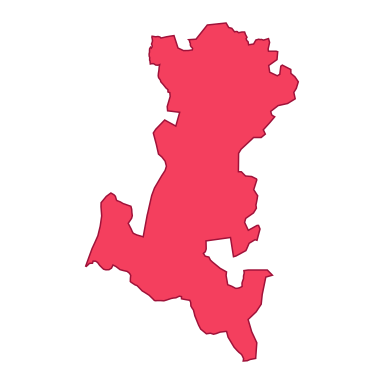 outline of Kankia, Katsina, Nigeria
{"feature_id": "59680162B50176982462081", "entity_name": "Kankia", "entity_type": "district", "adm_level": 2, "iso_a3": "NGA", "parent_name": "Nigeria", "parent_adm1": "Katsina", "projection": "equal_earth", "projection_center": [7.787, 12.43], "detail": "fine", "context": "isolated", "style": "filled", "palette": "rose", "viewbox_px": 384, "rotation_deg": 0, "n_neighbors": 0, "source": "geoboundaries", "source_scale": "gbopen_adm2", "svg_char_len": 3949}
<svg xmlns="http://www.w3.org/2000/svg" viewBox="0 0 384 384"><path d="M247.3,360.7L250.0,359.5L255.7,358.4L255.7,358.0L256.8,342.8L254.0,336.7L251.7,331.8L248.1,319.5L256.1,311.9L261.2,304.2L262.2,294.6L265.8,277.1L272.4,275.2L267.3,270.0L248.2,270.0L243.9,270.6L244.2,273.1L243.5,276.0L243.5,278.6L242.6,281.1L242.0,283.1L242.1,286.5L239.9,287.6L238.0,288.2L235.7,288.4L232.2,286.5L230.6,285.8L227.7,284.7L226.1,275.5L226.5,271.9L220.1,268.3L212.4,262.0L212.1,261.7L210.4,260.1L208.9,257.1L208.2,256.9L205.2,256.2L203.4,253.4L205.3,251.7L206.2,249.0L206.0,240.9L230.5,237.5L233.5,256.7L236.0,256.0L236.1,255.9L236.3,255.8L245.9,250.6L246.8,248.7L249.1,243.3L255.0,239.7L257.0,240.3L260.0,229.0L258.6,225.6L258.5,225.4L257.1,225.4L248.3,230.3L244.6,222.4L245.1,220.6L245.7,218.4L249.1,216.0L253.4,213.0L253.5,212.9L256.4,208.2L255.9,204.9L256.0,204.8L256.7,201.3L257.3,198.1L257.4,197.1L257.7,195.8L257.0,194.8L253.8,189.8L253.7,189.7L256.8,179.9L256.5,179.1L256.4,179.0L256.4,178.9L251.8,176.6L251.5,176.5L245.5,176.0L244.1,174.6L241.4,171.8L238.4,171.7L238.6,153.3L241.1,149.2L253.6,137.5L261.2,137.5L265.3,134.1L263.3,129.8L270.0,122.4L274.7,116.8L273.6,116.2L273.0,115.8L272.8,115.7L272.1,115.3L271.5,114.2L271.3,113.6L270.7,111.4L278.1,105.6L287.6,103.5L295.2,98.8L293.8,92.4L296.3,88.4L298.3,81.8L294.9,76.8L290.9,73.4L290.8,69.5L282.3,65.1L280.8,66.2L279.8,74.3L277.3,75.8L269.7,72.2L268.7,65.5L277.0,59.6L277.7,51.7L276.1,51.2L268.5,51.2L268.1,49.1L269.6,42.4L268.5,38.6L263.6,40.1L261.3,39.4L260.0,39.6L258.8,39.2L255.9,40.0L253.6,44.0L248.6,44.8L248.1,41.8L246.7,40.4L246.1,38.7L247.0,37.3L245.7,35.0L244.6,32.0L242.0,32.0L239.1,32.6L238.7,32.7L237.6,32.0L237.4,31.7L236.9,31.5L235.5,31.6L234.5,31.8L231.8,28.3L228.7,27.5L226.1,23.0L207.3,25.0L196.0,39.2L188.7,39.7L189.4,40.4L189.6,41.5L189.9,42.5L190.4,43.5L190.3,45.0L190.6,45.9L191.2,46.9L192.1,47.6L192.6,48.6L192.3,49.9L188.5,50.5L183.5,50.6L178.0,48.0L174.0,35.6L169.9,36.2L168.3,36.5L166.4,36.8L163.4,37.5L160.9,38.0L159.9,37.0L158.0,36.5L155.7,36.8L152.1,36.2L151.9,37.1L152.1,38.2L152.5,40.5L152.3,42.0L151.5,44.0L152.2,45.6L152.1,46.8L151.3,48.1L150.5,47.2L149.6,48.8L149.5,50.3L149.5,52.1L149.1,54.0L149.2,56.2L149.7,57.4L149.6,60.1L150.0,61.0L150.3,64.0L151.8,63.7L153.6,63.7L155.9,65.1L158.0,65.2L159.7,64.6L159.2,67.0L158.9,70.3L158.4,73.3L158.2,75.8L158.6,77.7L160.4,80.1L160.8,81.8L163.3,84.6L166.0,88.0L167.9,89.6L168.0,92.0L169.8,92.6L170.2,96.4L167.2,106.6L167.6,110.8L179.7,112.3L175.8,126.1L164.7,120.0L155.8,129.2L153.3,133.0L156.3,144.3L158.5,154.1L161.9,157.0L165.2,161.3L165.7,163.5L166.2,165.3L166.4,166.2L166.4,166.3L165.1,170.5L161.6,175.9L154.5,188.0L151.7,195.5L147.7,213.2L147.2,215.1L143.2,236.8L136.7,234.9L133.3,233.3L132.2,231.5L131.3,229.3L128.2,223.3L130.0,220.7L131.0,219.2L131.6,218.3L132.3,215.7L131.9,212.8L131.7,209.3L130.9,206.3L123.0,203.5L120.3,201.9L117.0,200.6L116.4,199.9L115.4,196.3L114.0,194.8L110.9,193.0L106.3,196.4L101.1,202.7L101.0,206.9L101.7,215.9L100.2,226.2L97.9,235.7L94.8,242.7L92.1,248.5L85.7,266.1L86.3,266.4L88.7,264.2L89.4,263.4L92.5,263.2L93.1,261.1L95.6,261.2L96.0,261.4L97.6,262.5L99.7,265.4L102.3,268.0L103.6,269.2L105.8,269.8L109.0,269.7L111.5,268.1L113.0,265.0L116.1,266.6L120.0,269.6L123.2,270.5L123.7,270.6L127.1,271.4L129.3,273.1L130.0,274.1L130.7,275.4L130.4,278.2L130.3,281.5L130.9,282.1L132.5,283.2L135.1,284.9L137.1,285.6L142.2,290.9L143.4,291.6L145.8,293.1L149.1,295.2L153.0,299.0L154.3,300.4L155.3,300.7L157.3,300.6L160.8,300.6L163.9,300.8L166.0,300.2L171.1,298.5L173.6,298.0L175.9,297.8L179.3,296.2L181.5,296.6L181.5,298.8L184.5,299.4L189.8,300.3L190.7,302.5L190.9,306.0L192.3,308.4L193.4,309.9L194.3,313.4L194.8,315.7L198.6,325.1L200.7,329.1L206.4,333.8L210.4,333.2L213.5,334.2L216.1,333.6L220.1,332.1L225.9,331.4L226.6,331.5L228.1,337.2L234.1,347.2L237.1,350.5L239.0,352.4L240.8,353.8L241.9,355.0L243.6,358.6L243.2,361.0L244.8,360.9L247.3,360.7Z" fill="#f43f5e" stroke="#9f1239" stroke-width="1.5"/></svg>